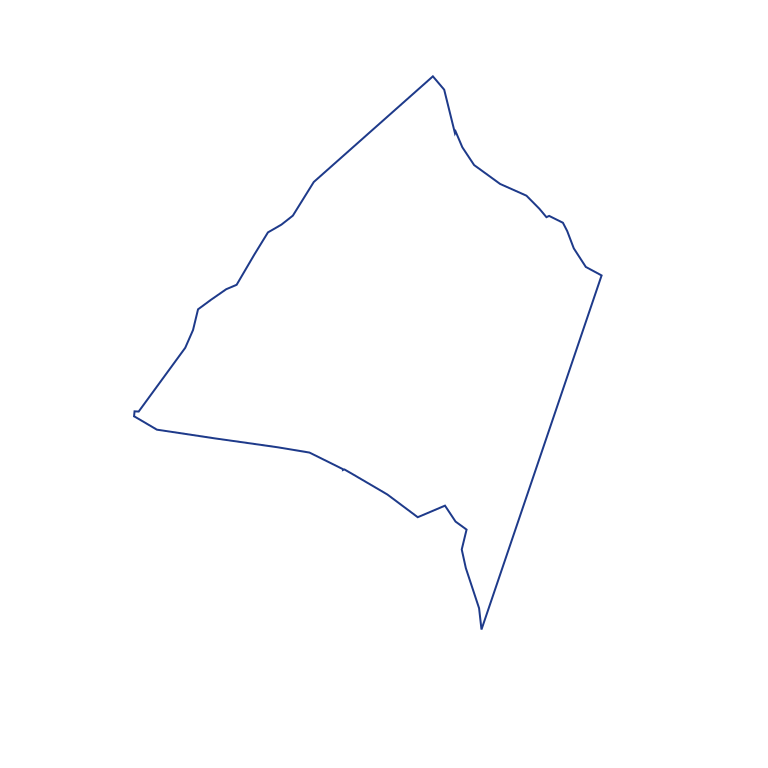 the district of Ravine Claire, Soufrière, Saint Lucia, rotated 157°
{"feature_id": "8701671B59921054204413", "entity_name": "Ravine Claire", "entity_type": "district", "adm_level": 2, "iso_a3": "LCA", "parent_name": "Saint Lucia", "parent_adm1": "Soufrière", "projection": "equal_earth", "projection_center": [-61.028, 13.854], "detail": "fine", "context": "isolated", "style": "outline", "palette": "blue", "viewbox_px": 768, "rotation_deg": 157, "n_neighbors": 0, "source": "geoboundaries", "source_scale": "gbopen_adm2", "svg_char_len": 766}
<svg xmlns="http://www.w3.org/2000/svg" viewBox="0 0 768 768"><g transform="rotate(157 384 384)"><path d="M390.2,119.9L141.3,398.9L152.5,412.9L156.3,434.7L155.6,453.2L156.3,462.5L166.3,474.2L169.3,474.1L172.5,484.6L179.3,501.7L198.9,522.7L215.5,550.3L219.4,571.3L219.4,588.4L220.7,587.1L213.6,631.4L218.8,648.1L369.7,597.4L402.1,574.6L416.1,570.8L431.6,568.9L452.8,553.8L480.9,532.9L492.2,532.9L510.5,529.1L526.0,525.4L538.7,508.3L552.8,495.0L620.6,454.5L624.3,456.3L626.7,451.9L626.1,451.2L610.9,430.7L560.9,400.0L506.6,367.3L479.4,350.0L454.8,321.3L455.1,320.9L454.5,320.9L453.8,320.8L449.4,315.0L424.1,281.0L405.0,248.2L375.4,248.2L371.9,229.4L364.9,217.7L377.1,201.3L380.6,182.6L384.1,140.4L390.2,119.9Z" fill="none" stroke="#1e3a8a" stroke-width="2"/></g></svg>